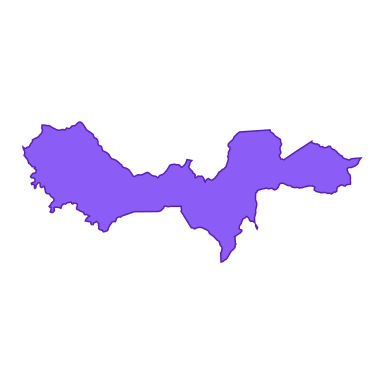 Mara Rosa, Goiás, Brazil (orthographic projection)
{"feature_id": "56859067B85632953243460", "entity_name": "Mara Rosa", "entity_type": "district", "adm_level": 2, "iso_a3": "BRA", "parent_name": "Brazil", "parent_adm1": "Goiás", "projection": "orthographic", "projection_center": [-49.395, -14.029], "detail": "fine", "context": "isolated", "style": "filled", "palette": "violet", "viewbox_px": 384, "rotation_deg": 0, "n_neighbors": 0, "source": "geoboundaries", "source_scale": "gbopen_adm2", "svg_char_len": 5970}
<svg xmlns="http://www.w3.org/2000/svg" viewBox="0 0 384 384"><path d="M221.0,262.0L223.1,261.4L224.5,260.1L226.0,259.4L227.3,257.9L231.1,251.3L233.6,249.2L234.5,248.1L235.2,246.7L235.1,245.2L235.9,244.0L235.3,242.8L235.2,241.6L235.3,240.4L234.9,239.0L235.2,237.7L234.4,236.4L235.8,235.9L238.6,233.8L239.7,233.4L241.7,231.3L241.8,230.0L239.6,229.4L239.1,228.0L239.3,226.6L240.0,225.0L241.0,223.7L242.7,219.1L245.4,217.6L246.6,216.4L247.9,217.2L249.1,218.7L249.4,220.0L250.0,220.8L250.9,221.4L252.6,221.1L254.8,222.7L254.5,218.3L254.6,217.1L255.8,212.8L255.6,210.2L256.6,205.9L256.8,203.7L256.1,201.2L255.5,199.9L255.5,196.8L255.7,193.0L256.7,192.3L257.4,190.7L259.5,189.7L262.5,188.9L265.2,188.5L266.3,188.1L268.6,188.9L270.8,188.4L272.3,188.3L273.3,189.3L274.4,189.9L276.0,189.4L277.2,188.5L278.4,186.9L279.2,184.8L279.8,183.9L281.0,183.2L283.3,183.3L288.1,185.6L289.8,185.6L290.9,185.9L292.0,187.0L294.5,187.6L298.2,187.4L299.3,188.1L300.6,187.7L302.3,187.7L303.8,187.1L309.2,185.9L311.3,185.9L313.4,186.3L315.0,187.2L314.3,188.5L314.2,190.0L316.2,191.5L318.7,192.0L321.3,192.8L323.4,192.5L325.9,192.6L327.5,193.4L329.5,193.2L331.4,193.9L334.3,192.0L335.3,192.2L336.8,191.2L336.7,189.3L337.4,187.2L340.8,185.0L342.5,184.9L343.7,185.8L345.3,186.0L346.3,184.7L350.4,184.2L350.6,182.4L350.3,180.7L350.5,177.6L349.9,174.7L348.6,173.6L347.9,172.5L347.7,171.1L347.2,170.2L347.1,168.8L348.3,167.6L351.2,167.5L352.4,167.1L354.8,166.1L357.1,164.5L358.2,163.1L359.1,160.5L361.0,158.0L353.6,158.5L350.7,159.0L349.4,160.1L344.7,158.7L343.2,157.9L342.6,157.1L342.3,156.1L341.0,155.7L337.6,153.0L336.6,151.5L335.3,150.7L334.6,149.9L332.3,149.1L331.0,148.0L330.5,146.4L329.5,146.2L328.4,146.2L327.5,147.0L325.2,147.8L323.7,147.5L322.7,146.5L321.3,146.9L319.9,146.6L319.4,145.2L317.4,144.0L315.0,143.9L311.8,142.6L311.8,141.3L296.1,151.5L284.9,159.1L283.7,159.8L282.0,159.0L280.7,159.0L280.5,158.0L279.6,156.6L279.3,155.2L280.6,153.4L280.9,152.3L280.0,149.4L280.0,148.2L280.3,146.5L281.4,144.9L281.4,143.7L280.8,142.5L280.4,139.4L275.0,135.9L272.8,133.1L271.6,132.7L270.4,131.6L270.1,129.9L239.6,132.0L238.5,132.7L237.6,133.7L236.6,134.2L236.1,135.2L235.0,136.0L233.9,137.2L233.5,138.5L232.7,139.8L229.8,142.3L228.4,143.9L228.1,145.5L228.6,146.8L229.9,147.2L230.1,148.2L229.1,151.0L228.4,152.2L228.4,155.0L227.7,156.6L228.3,157.9L228.3,159.5L225.9,167.0L224.9,167.8L224.0,168.9L222.9,169.2L221.5,170.1L220.5,171.5L219.0,172.0L217.3,175.1L214.5,178.5L213.2,179.3L212.2,180.1L210.8,180.1L208.4,178.5L207.1,179.1L205.6,180.9L205.2,182.0L204.5,181.1L204.4,179.8L203.0,177.2L201.7,176.1L199.9,176.5L199.0,176.1L197.6,176.2L196.7,177.3L195.1,177.7L195.0,176.5L195.3,175.1L194.2,173.7L192.7,173.0L192.7,171.7L191.4,170.4L190.5,169.8L189.0,167.7L188.7,166.4L189.6,165.3L189.7,163.8L190.4,162.0L191.8,160.5L187.0,159.6L186.2,162.0L185.3,164.0L184.6,164.9L182.9,166.4L181.7,167.2L180.7,166.7L179.8,165.4L178.6,164.8L176.7,164.7L174.0,164.2L170.8,164.8L169.7,165.5L167.0,170.1L164.0,173.5L162.3,174.7L160.5,175.1L159.6,175.7L157.9,177.9L156.1,176.4L153.2,175.9L151.5,175.2L149.0,173.1L147.5,172.4L145.9,172.9L142.1,174.8L140.9,175.0L139.1,174.8L137.7,174.9L135.8,175.8L134.9,176.5L133.1,176.1L130.9,172.5L130.2,171.8L129.4,170.4L128.5,169.5L126.0,168.1L123.6,167.5L122.2,166.4L121.6,164.8L120.2,164.0L118.2,161.9L115.6,160.1L113.3,159.1L112.3,159.1L111.1,158.1L109.5,155.9L109.1,154.7L107.0,152.8L102.6,150.6L102.1,148.5L101.3,146.4L98.3,145.0L98.0,143.4L98.0,141.6L97.5,140.0L96.6,138.8L94.0,137.4L93.1,134.4L90.1,132.2L86.4,129.8L85.4,127.8L82.7,123.9L81.7,122.8L80.2,122.0L78.7,122.2L76.6,124.1L75.7,125.2L74.7,125.7L73.2,125.8L71.6,126.2L70.5,127.8L69.2,128.7L66.7,128.0L64.8,130.1L63.1,129.5L61.7,129.6L59.0,130.4L56.6,129.7L51.5,127.2L50.7,126.5L48.9,125.5L47.6,125.7L44.1,125.0L42.1,125.0L41.9,127.0L41.9,128.7L42.6,129.9L41.9,132.5L40.9,134.1L40.0,134.7L38.4,136.9L37.3,137.3L36.4,138.0L35.0,138.4L34.0,139.1L32.5,139.8L32.5,141.3L31.9,142.5L30.4,144.2L29.5,146.7L27.0,147.4L26.0,148.3L24.9,148.5L23.0,147.0L23.4,148.7L24.6,151.4L24.8,153.1L24.1,155.6L25.2,156.4L25.6,157.4L26.9,158.7L27.9,160.3L28.7,163.3L30.1,164.1L32.3,166.8L34.0,166.8L35.2,167.5L34.4,168.4L35.5,169.3L36.2,170.3L36.0,172.3L35.1,173.1L33.9,173.1L32.8,173.5L31.1,175.5L30.6,176.8L31.6,177.8L33.6,178.0L34.6,178.5L35.1,180.0L35.0,181.5L33.7,182.2L32.2,182.7L31.3,183.3L31.8,184.6L33.7,184.3L34.6,185.7L34.3,187.3L34.9,188.4L35.8,187.8L36.3,185.0L37.1,184.2L37.9,183.0L39.2,182.6L40.1,183.3L40.2,186.4L41.2,187.5L42.7,187.0L43.7,186.4L44.6,187.0L45.6,192.3L46.6,193.4L47.7,193.8L49.2,193.7L50.7,196.1L53.7,198.4L54.1,200.5L51.5,203.0L50.8,204.6L49.1,206.5L49.9,207.2L51.1,207.6L51.0,209.1L50.7,210.8L50.1,211.8L51.1,212.4L52.4,212.6L53.5,211.8L54.5,210.5L54.0,207.7L55.3,207.1L57.4,207.3L59.6,207.7L60.9,208.3L61.6,205.9L62.7,204.5L64.3,203.7L65.4,204.1L67.3,202.7L71.3,202.1L71.8,203.5L72.8,204.0L73.8,203.1L75.4,203.1L77.4,204.0L77.2,206.4L76.6,207.7L76.6,209.0L77.5,209.7L78.8,210.0L79.9,210.9L83.4,212.3L84.2,214.1L85.1,214.8L86.8,214.5L89.5,216.1L87.9,217.1L86.9,218.2L85.9,219.4L85.3,220.9L88.4,221.6L89.9,221.6L90.8,222.3L90.9,223.7L91.6,224.6L93.1,224.6L94.0,222.8L95.3,222.3L96.6,221.4L98.9,223.8L98.4,225.0L98.9,226.8L98.6,228.5L99.5,229.5L100.7,229.8L102.5,230.4L103.3,231.8L104.7,231.7L107.4,230.6L108.2,229.1L108.7,227.2L110.2,224.6L111.1,223.6L112.2,221.9L113.6,221.5L115.3,221.7L116.0,220.2L116.5,218.2L117.8,217.3L118.9,216.9L120.9,217.1L121.4,216.2L134.2,211.7L158.3,211.5L160.7,210.8L163.7,208.0L164.4,206.0L165.7,206.1L167.7,206.7L169.2,206.6L170.4,206.3L181.3,206.3L181.2,208.0L181.6,209.6L181.0,211.2L191.3,227.8L193.0,227.9L194.5,228.9L195.6,228.5L196.6,227.8L199.2,227.3L200.6,227.4L201.7,227.5L205.2,229.2L207.3,230.2L208.4,231.0L209.5,233.5L213.7,236.5L217.2,240.2L219.1,241.3L220.4,245.8L221.4,246.3L221.9,247.4L222.0,248.6L221.5,251.9L220.7,252.9L221.0,262.0ZM255.6,224.4L255.7,226.2L257.1,229.0L257.6,227.7L256.9,226.4L255.6,224.4Z" fill="#8b5cf6" stroke="#5b21b6" stroke-width="1.5"/></svg>